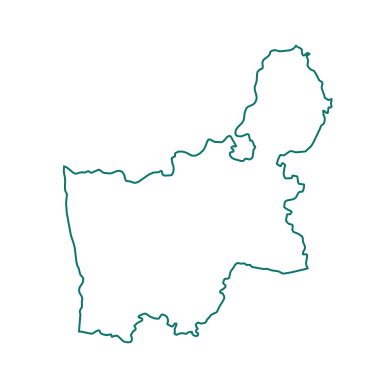 an SVG outline of Grodno, rotated 6°
{"feature_id": "BLR-2344", "entity_name": "Grodno", "entity_type": "Region", "adm_level": 1, "iso_a3": "BLR", "parent_name": "Belarus", "parent_adm1": "", "projection": "orthographic", "projection_center": [25.492, 53.866], "detail": "fine", "context": "isolated", "style": "outline", "palette": "teal", "viewbox_px": 384, "rotation_deg": 6, "n_neighbors": 0, "source": "natural_earth", "source_scale": "10m", "svg_char_len": 6026}
<svg xmlns="http://www.w3.org/2000/svg" viewBox="0 0 384 384"><g transform="rotate(6 192 192)"><path d="M265.0,42.9L274.7,40.8L277.6,39.1L278.7,37.8L280.1,35.8L280.3,36.1L285.2,37.9L286.3,38.9L286.8,42.2L287.5,43.8L288.1,44.4L288.7,44.6L289.3,44.4L291.5,42.2L292.2,41.9L293.1,41.7L294.3,42.5L293.6,43.3L292.2,44.1L291.8,44.7L291.9,45.3L292.9,47.1L293.5,48.6L293.7,49.8L293.6,53.6L294.1,54.8L295.4,56.4L297.3,57.8L300.6,58.8L302.4,60.9L306.8,67.5L307.8,68.2L309.9,69.1L310.4,70.3L310.4,71.3L310.0,74.2L310.2,75.3L313.4,82.0L314.2,84.5L318.1,86.3L320.7,85.1L321.1,85.1L321.2,85.6L320.9,89.0L321.2,90.5L321.8,92.0L321.8,92.6L321.3,93.4L320.8,93.6L319.4,93.5L319.1,93.8L318.9,94.5L318.8,99.0L318.3,99.4L317.8,99.4L314.7,97.4L314.1,97.4L314.0,97.7L314.4,99.1L314.6,101.0L314.8,101.7L316.0,103.7L316.3,104.7L316.5,106.0L316.2,109.6L315.7,110.5L313.9,112.1L313.4,112.9L312.5,116.2L307.7,129.6L306.2,133.0L305.2,134.6L302.1,137.9L301.0,139.4L300.2,139.9L291.2,141.7L287.3,141.0L286.2,141.0L284.8,141.5L279.8,145.9L276.1,146.0L275.5,146.8L274.2,150.8L273.5,154.1L273.6,155.2L274.1,155.6L276.9,157.0L277.6,156.9L278.4,154.4L279.0,153.9L281.2,154.9L281.9,155.6L281.4,158.4L281.2,164.3L281.8,166.1L282.7,167.8L283.4,168.5L284.0,168.7L289.2,167.9L289.9,167.4L290.1,167.0L290.1,165.6L290.5,165.1L294.6,165.5L295.1,165.7L295.4,166.6L296.4,171.0L297.5,172.7L302.4,172.8L302.8,173.5L302.9,174.8L302.6,177.9L302.2,179.2L301.8,180.0L298.9,180.7L298.1,181.3L297.5,182.6L296.2,186.0L295.7,186.8L294.8,187.8L293.2,188.7L287.6,190.4L286.1,191.4L285.5,192.1L285.3,192.8L285.2,196.4L285.3,197.2L286.8,198.5L292.5,200.8L293.1,201.4L292.7,202.7L291.9,203.9L289.2,204.2L288.8,204.8L288.5,210.4L289.3,211.6L291.0,213.2L291.9,213.6L294.8,214.0L295.5,214.5L295.8,215.8L295.7,218.3L295.8,219.2L296.7,220.8L297.2,221.1L302.4,222.6L305.9,224.5L306.9,225.9L307.6,230.0L309.7,233.6L310.3,235.2L310.0,237.3L308.9,239.8L308.7,242.1L309.4,242.4L312.1,242.0L313.0,242.6L313.3,244.3L312.8,250.6L313.6,253.5L315.0,255.7L314.4,256.2L299.3,261.5L292.9,263.3L290.8,263.6L286.4,261.9L279.4,261.6L274.9,260.5L271.4,261.1L259.7,260.3L258.8,259.8L257.6,258.5L256.1,258.5L254.0,258.9L251.4,257.5L248.0,258.2L244.9,257.8L243.7,258.5L242.2,260.4L241.4,262.4L239.0,266.5L238.6,267.7L238.0,272.8L237.7,273.8L236.7,274.4L233.7,275.0L232.9,276.4L232.5,279.2L233.0,279.9L234.9,281.2L235.2,282.1L235.1,283.2L234.0,284.4L230.9,287.0L230.4,287.9L230.3,288.5L230.8,289.2L232.5,289.5L233.3,290.0L234.8,292.3L235.1,293.2L235.1,294.4L234.3,296.9L231.7,302.0L229.4,308.4L228.8,309.2L224.5,311.7L223.6,312.6L221.8,315.5L220.1,317.7L219.8,319.2L218.8,320.6L215.4,321.9L213.6,321.7L212.2,321.2L211.6,321.4L210.4,322.2L210.0,322.9L209.7,323.5L209.9,324.6L210.3,325.4L211.8,327.0L211.9,327.4L211.7,327.8L210.5,329.0L210.7,330.5L211.2,331.2L212.6,331.8L213.0,332.7L212.9,333.7L212.3,334.4L211.4,334.8L209.4,334.6L208.1,334.0L207.1,333.1L206.5,331.2L205.9,331.1L203.0,332.0L200.9,333.7L196.4,333.4L193.0,334.7L191.8,335.6L190.1,335.3L189.3,334.5L189.6,332.4L189.0,330.7L190.4,325.6L190.4,325.1L190.3,324.8L189.9,324.5L188.9,324.5L188.0,325.6L187.1,327.4L186.2,327.9L185.2,327.7L181.7,326.2L181.2,325.7L181.7,323.2L181.3,321.2L180.3,319.1L179.0,317.9L176.0,316.9L175.3,317.0L174.7,317.2L173.9,318.1L172.5,321.1L171.1,321.6L168.3,321.6L163.8,320.5L158.7,317.8L156.7,318.2L152.6,320.5L152.0,321.2L151.9,321.6L152.0,322.0L152.4,322.3L155.5,323.1L155.8,323.4L155.9,324.4L155.7,324.9L155.2,325.5L151.5,327.8L148.7,331.1L148.8,331.5L150.1,333.2L150.3,334.2L150.0,335.1L147.9,336.8L146.3,340.4L146.4,341.3L147.4,343.3L147.6,345.4L147.5,346.4L147.2,347.0L146.2,347.7L144.3,348.2L142.2,348.2L140.1,347.9L138.2,346.9L137.1,345.8L133.4,343.1L132.4,342.7L129.5,343.4L127.8,344.3L127.3,344.3L127.0,343.8L126.7,342.4L126.1,342.1L121.9,343.3L117.4,342.7L115.7,341.8L114.7,339.8L113.8,339.3L113.0,339.5L111.1,340.6L108.5,342.8L106.8,343.5L95.7,342.4L94.2,342.6L93.8,325.8L93.6,324.7L93.0,323.2L93.0,321.7L93.3,320.6L94.5,317.9L94.5,316.8L93.9,312.9L94.1,310.4L94.0,309.3L93.1,307.2L90.6,303.9L90.0,301.6L90.1,298.9L91.0,297.0L92.0,295.3L92.8,293.3L93.1,290.0L92.2,288.3L90.8,287.1L89.4,285.5L87.1,279.3L85.6,277.2L84.3,273.3L81.3,260.1L79.7,255.6L76.0,247.4L69.6,225.7L67.9,215.9L67.9,207.4L66.0,204.4L65.2,201.5L64.7,194.1L64.0,190.6L63.0,187.4L62.2,184.0L62.2,179.9L65.0,180.7L72.2,185.4L73.6,185.9L74.9,185.9L79.0,184.2L84.1,183.6L85.5,182.6L86.8,182.1L88.8,183.2L90.1,183.3L96.5,179.8L97.7,179.6L101.3,181.8L102.7,182.2L107.9,182.2L110.3,181.6L115.4,178.9L118.1,178.5L120.7,179.4L122.9,182.3L124.3,186.3L125.1,187.6L126.7,188.0L129.4,187.9L132.0,188.7L135.0,188.8L137.9,187.3L147.4,179.1L151.6,176.7L156.8,175.8L158.8,174.3L159.7,174.5L160.7,177.2L161.9,178.4L163.4,178.5L168.7,177.7L170.1,177.0L171.2,174.6L171.4,170.8L170.7,168.1L169.6,165.8L168.7,162.8L168.3,160.6L168.5,160.2L169.0,160.1L169.7,159.2L171.3,158.3L171.2,155.8L171.6,154.9L174.4,153.2L178.1,152.8L181.9,153.4L188.3,155.9L191.9,155.4L195.5,153.1L198.8,149.4L200.2,146.5L201.9,140.0L202.9,138.1L204.4,137.9L209.5,139.8L216.2,139.4L218.1,138.1L221.4,133.3L223.4,132.3L224.5,132.6L225.0,133.1L231.1,141.7L230.4,142.2L228.5,142.1L226.8,143.0L226.7,144.4L228.6,145.5L229.1,146.7L228.5,147.7L226.2,148.5L225.6,149.5L226.2,152.0L228.0,153.7L230.2,154.8L237.4,156.0L239.2,155.9L240.0,155.4L241.3,153.6L242.2,153.2L245.3,153.6L246.2,153.5L248.1,152.1L248.7,149.9L248.8,143.5L250.0,141.6L250.2,141.0L250.0,140.1L249.1,139.7L248.8,139.2L247.6,136.5L246.1,134.6L244.5,134.7L243.3,131.7L243.0,130.4L242.6,129.3L241.5,128.6L240.3,128.9L235.4,131.5L231.9,131.7L230.1,131.1L229.0,129.3L229.1,125.8L230.7,122.8L234.4,118.3L235.8,115.3L236.1,112.6L236.0,109.7L236.4,106.1L237.3,103.3L238.5,101.6L243.4,98.7L244.9,97.1L246.0,94.9L246.5,92.1L246.0,89.5L244.0,84.5L243.4,81.8L243.5,80.0L244.3,77.4L244.7,74.5L244.4,67.4L244.7,65.5L245.5,64.3L247.2,62.7L249.0,62.0L249.3,60.9L249.3,59.7L248.6,57.0L248.5,55.7L249.3,53.1L250.9,51.4L252.7,50.0L254.4,48.0L254.9,46.6L255.3,44.3L256.2,43.5L259.2,42.2L265.0,42.9Z" fill="none" stroke="#0f766e" stroke-width="2"/></g></svg>